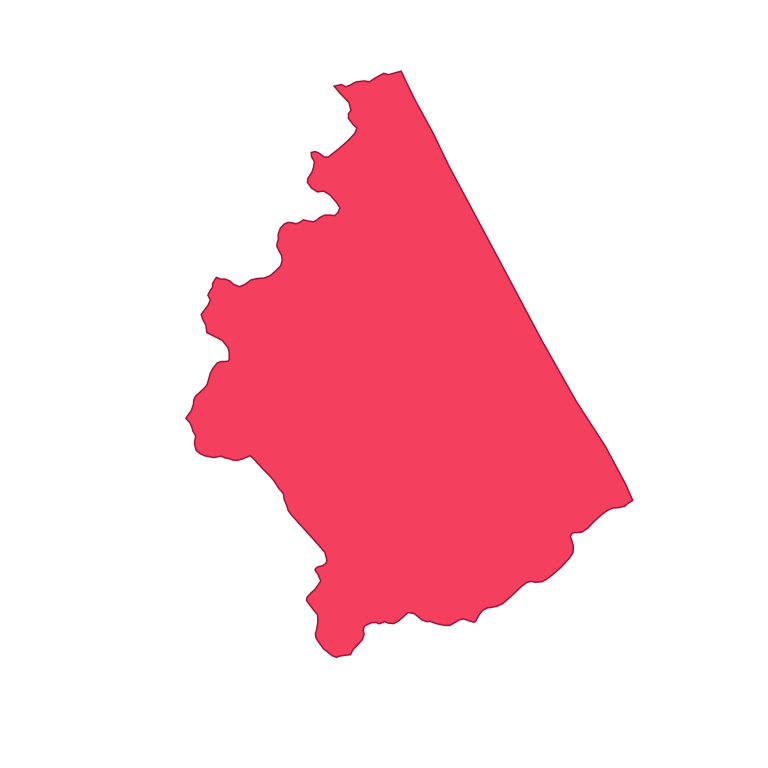 the district of HaSharon, HaMerkaz, Israel, rotated 138°
{"feature_id": "584046B61571705909900", "entity_name": "HaSharon", "entity_type": "district", "adm_level": 2, "iso_a3": "ISR", "parent_name": "Israel", "parent_adm1": "HaMerkaz", "projection": "natural_earth1", "projection_center": [34.955, 32.299], "detail": "fine", "context": "isolated", "style": "filled", "palette": "rose", "viewbox_px": 768, "rotation_deg": 138, "n_neighbors": 0, "source": "geoboundaries", "source_scale": "gbopen_adm2", "svg_char_len": 3159}
<svg xmlns="http://www.w3.org/2000/svg" viewBox="0 0 768 768"><g transform="rotate(138 384 384)"><path d="M221.8,638.7L222.1,629.0L221.6,617.0L225.4,609.5L229.5,608.7L232.8,605.0L233.3,597.5L232.9,592.4L237.8,589.8L247.6,589.0L258.3,589.0L267.3,589.5L273.7,590.0L276.5,592.6L277.8,598.8L279.5,602.7L283.2,604.8L285.8,601.4L286.9,596.0L291.0,592.4L295.9,589.6L303.0,587.7L306.0,585.2L306.8,578.2L305.0,571.4L299.7,567.6L297.6,560.3L297.8,550.5L298.9,544.3L303.3,542.3L307.9,542.1L311.3,545.9L315.1,549.2L320.5,550.8L324.2,550.8L327.7,551.6L331.6,556.2L334.0,559.9L339.5,560.7L342.2,562.1L344.4,565.3L347.2,568.4L351.1,569.6L356.7,569.2L362.6,566.0L365.8,562.1L369.1,560.3L371.6,557.8L373.0,552.8L374.0,548.3L377.0,543.9L381.7,541.0L388.8,540.5L396.3,540.7L402.3,543.0L407.2,546.9L413.0,550.3L420.9,551.1L426.4,553.1L429.1,558.8L429.7,564.0L431.9,568.3L435.2,571.2L437.2,575.4L443.8,573.6L446.5,570.7L450.8,569.7L455.5,567.8L456.8,562.7L461.9,560.3L467.8,559.1L473.3,558.0L475.3,553.7L477.1,546.7L481.3,540.8L478.5,533.7L475.0,524.7L475.6,515.7L477.4,511.8L482.4,505.9L484.8,505.3L490.4,509.9L493.9,511.2L500.3,510.2L506.0,508.2L510.7,505.1L515.8,502.0L519.4,501.2L532.4,501.0L536.1,499.4L539.5,496.2L545.3,493.1L554.2,491.1L554.2,490.7L554.2,485.0L555.7,480.5L557.5,477.0L558.6,471.6L564.4,466.9L566.6,463.3L568.0,460.4L567.3,455.4L564.9,450.0L562.3,446.7L559.6,443.1L553.5,439.6L551.6,435.5L548.7,431.7L547.1,428.4L543.5,425.1L539.8,423.2L535.2,421.5L531.4,420.3L530.9,415.1L530.9,403.2L530.4,392.7L530.6,385.3L532.0,376.9L532.1,370.0L535.6,364.7L537.5,359.0L539.9,354.0L540.4,347.5L540.4,338.5L540.3,316.8L540.6,298.4L543.1,293.5L545.0,290.5L548.0,289.6L551.8,290.3L554.8,292.1L557.2,292.7L559.5,292.2L560.1,290.3L560.3,287.0L561.1,285.0L562.8,279.9L572.2,277.6L577.8,277.6L583.9,277.0L586.5,274.8L586.9,270.9L587.6,262.6L587.7,257.4L589.2,255.2L592.9,251.0L597.0,247.7L599.3,245.9L601.9,244.5L604.3,241.2L605.2,236.9L606.1,227.8L604.3,216.7L602.2,212.7L598.9,211.4L594.3,208.4L590.0,205.3L584.9,207.3L577.8,207.8L571.4,208.5L566.3,211.2L564.4,214.7L560.7,217.2L553.3,215.2L549.3,212.0L548.2,209.2L546.6,208.5L542.7,207.0L540.9,203.6L537.2,199.5L532.3,198.2L525.8,198.1L519.2,198.1L515.3,193.6L514.5,189.2L513.7,183.5L511.4,178.9L508.4,176.6L505.6,171.1L503.7,168.5L500.4,164.0L496.5,160.5L489.8,159.1L485.7,158.3L481.8,156.0L479.7,151.9L477.9,148.8L476.4,146.7L474.5,146.4L468.9,148.5L465.3,149.3L461.8,149.7L457.1,148.5L454.1,146.4L448.4,143.1L442.5,141.4L435.3,141.2L425.4,141.3L417.3,141.6L410.8,141.0L406.7,138.9L404.3,135.5L399.0,131.4L394.3,130.2L388.0,129.6L375.8,129.3L362.3,130.6L356.5,132.2L352.1,136.3L349.8,140.6L347.5,146.2L343.9,147.1L341.8,146.1L339.8,144.2L335.9,141.5L333.1,141.1L329.0,140.5L326.3,140.7L320.4,141.3L315.1,141.3L309.9,141.3L302.5,140.6L296.7,138.6L292.5,135.2L287.0,132.2L282.6,132.0L277.0,131.1L271.1,149.4L261.3,189.1L252.8,242.1L237.7,310.3L214.5,403.0L195.7,479.1L189.9,502.7L179.7,537.3L170.8,574.7L166.3,590.4L161.9,605.0L173.8,610.9L176.2,615.0L185.6,617.3L192.5,618.3L195.9,622.4L202.5,627.2L208.9,628.7L213.4,630.3L215.3,635.1L219.0,637.1L221.8,638.7Z" fill="#f43f5e" stroke="#9f1239" stroke-width="1.5"/></g></svg>